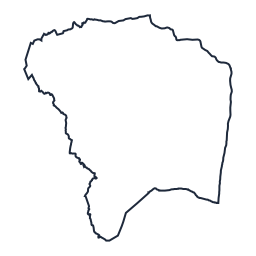 the district of Bikita, Masvingo, Zimbabwe
{"feature_id": "62879985B26822606878793", "entity_name": "Bikita", "entity_type": "district", "adm_level": 2, "iso_a3": "ZWE", "parent_name": "Zimbabwe", "parent_adm1": "Masvingo", "projection": "equal_earth", "projection_center": [31.804, -20.202], "detail": "fine", "context": "isolated", "style": "outline", "palette": "slate", "viewbox_px": 256, "rotation_deg": 0, "n_neighbors": 0, "source": "geoboundaries", "source_scale": "gbopen_adm2", "svg_char_len": 5583}
<svg xmlns="http://www.w3.org/2000/svg" viewBox="0 0 256 256"><path d="M230.9,68.3L230.4,67.9L229.5,65.3L228.4,64.0L226.0,62.9L223.4,62.5L221.0,62.5L219.8,62.1L218.6,61.9L216.9,60.3L216.2,59.1L215.7,57.7L214.8,56.8L214.2,56.5L212.0,56.2L210.8,55.0L209.5,53.5L208.8,52.9L207.3,51.0L205.2,50.0L202.0,47.8L201.5,46.9L200.4,41.5L200.0,40.7L199.1,39.9L197.7,39.5L192.5,39.8L187.1,39.2L180.3,39.8L179.8,40.1L177.4,40.2L176.9,40.1L176.7,40.0L176.3,39.3L176.2,38.1L175.6,36.6L174.8,36.1L174.1,35.0L172.9,30.3L172.6,29.9L172.0,29.5L170.5,29.3L169.4,28.1L167.5,27.5L166.6,27.6L164.7,28.3L161.7,28.5L159.5,27.8L156.6,26.2L156.2,26.3L155.7,26.2L154.5,25.1L152.4,23.6L151.7,22.8L151.1,21.7L150.7,19.6L150.1,17.7L149.9,15.4L149.5,15.5L147.5,15.4L144.1,16.4L141.0,16.8L139.7,16.8L139.0,17.0L137.4,18.1L134.2,18.7L132.3,18.9L131.3,18.3L130.8,18.1L125.5,19.1L123.4,20.4L118.7,21.0L115.2,23.0L114.6,23.2L113.1,23.0L111.6,21.7L110.6,21.4L108.2,21.3L104.9,21.6L104.0,21.3L103.0,21.3L100.4,20.3L99.0,20.4L96.9,19.8L95.3,19.6L94.5,19.3L94.2,19.4L93.8,19.8L93.1,19.8L91.8,19.3L90.7,19.4L88.5,18.9L87.4,18.8L87.2,18.9L86.9,20.0L86.0,21.3L85.3,22.7L84.7,22.8L84.1,22.5L83.8,22.5L83.4,23.5L83.1,23.5L82.7,23.1L82.4,23.1L82.2,23.8L82.4,24.6L82.4,25.2L82.2,25.6L81.6,26.0L81.3,27.0L80.8,26.9L79.9,27.2L79.3,26.4L78.3,25.6L77.5,25.6L76.5,24.6L75.9,24.3L74.4,22.3L74.1,22.1L73.5,22.6L73.1,23.6L72.7,27.5L72.2,28.3L71.2,28.8L70.5,29.3L68.3,29.5L67.0,30.3L63.6,31.1L63.4,31.6L63.2,32.8L62.8,33.3L57.2,34.8L56.3,33.1L55.6,31.3L54.7,30.2L54.3,30.1L52.9,30.8L52.0,31.9L51.3,31.9L50.5,32.8L49.5,33.5L49.2,33.5L48.9,32.8L48.5,32.8L48.0,34.0L46.7,34.8L46.3,34.7L45.8,34.4L45.5,34.5L45.4,34.8L44.8,34.6L44.4,34.1L44.2,34.1L44.0,33.9L41.4,38.6L41.4,40.4L41.4,40.5L39.4,39.3L37.6,39.3L34.3,40.6L32.8,43.9L30.8,42.9L25.5,59.7L26.7,65.7L24.9,68.4L24.2,69.1L28.3,79.1L31.9,74.9L32.7,76.7L32.9,76.9L33.0,77.4L33.4,77.8L34.3,80.4L34.8,80.9L35.7,82.8L35.9,82.9L35.9,83.4L36.9,84.6L37.5,85.5L38.5,86.3L38.4,87.4L39.0,88.3L39.1,91.3L40.2,91.6L41.2,90.8L41.7,91.3L42.3,91.5L43.6,93.2L44.3,93.8L45.0,93.6L45.8,92.8L46.4,93.2L47.6,92.6L48.2,92.6L49.4,93.1L50.3,95.0L50.7,95.0L51.3,94.2L51.6,94.2L52.3,94.9L54.1,98.4L54.1,99.3L54.4,100.5L53.3,101.7L53.3,102.2L53.0,102.9L54.0,104.8L54.1,105.2L53.9,105.5L55.4,106.3L56.5,107.6L58.6,109.3L60.5,111.5L61.3,112.9L62.5,112.5L63.0,113.0L63.4,114.0L65.3,114.8L66.1,115.6L66.3,116.3L66.3,117.3L66.6,117.8L66.1,118.7L65.6,120.0L66.2,123.1L65.8,127.2L65.5,127.9L65.9,129.3L65.6,130.3L65.8,131.3L65.8,133.1L66.1,133.5L66.7,133.8L67.8,134.4L68.3,135.1L68.8,136.3L68.8,138.1L69.0,138.5L69.9,138.9L70.6,139.5L71.9,140.2L71.8,140.6L71.6,140.9L71.6,141.8L71.1,143.4L71.0,144.6L70.6,145.9L70.2,148.1L69.7,152.2L69.8,153.3L70.3,153.4L70.8,153.0L72.3,153.6L73.9,153.5L75.3,153.6L75.5,153.8L75.7,154.1L75.5,155.9L76.0,156.8L76.8,157.5L77.6,157.7L78.2,158.1L79.1,158.2L79.4,158.7L79.4,159.2L79.8,159.3L80.0,159.5L80.0,160.0L79.5,160.6L79.3,161.6L80.4,162.8L80.6,163.6L80.8,163.9L80.9,164.0L81.3,163.9L81.6,162.8L81.9,162.7L82.4,162.9L83.5,164.0L83.4,165.2L83.8,166.2L84.1,165.5L84.5,165.2L84.8,165.7L84.9,166.7L85.2,167.1L86.7,167.6L87.1,168.3L89.1,169.2L89.8,170.1L90.6,170.6L91.5,171.9L93.1,173.0L94.7,173.2L94.8,173.5L94.7,174.2L94.4,175.1L94.5,176.5L94.9,176.9L95.6,176.9L96.6,178.0L95.9,178.6L95.1,178.1L94.4,178.1L94.1,178.3L93.0,178.5L92.1,179.5L92.0,179.9L92.0,180.2L91.6,180.4L91.2,181.2L90.4,181.6L90.1,183.0L89.6,183.6L89.5,183.9L89.5,184.2L89.9,184.8L90.2,185.5L90.2,186.0L90.0,186.5L88.4,188.1L88.1,188.9L88.0,191.2L87.8,191.8L86.9,193.2L85.5,194.8L84.9,196.1L85.5,196.2L85.9,197.1L89.0,206.1L89.0,206.5L88.6,207.6L88.5,208.3L88.7,208.7L89.2,209.0L89.2,209.5L88.4,210.4L88.2,211.8L87.9,212.6L87.8,213.4L87.9,213.9L88.5,214.5L89.1,214.5L89.6,214.1L90.0,214.1L90.3,214.4L90.3,214.9L89.8,215.7L89.8,216.2L90.0,216.7L89.9,218.3L90.4,218.8L90.7,219.5L90.8,220.4L91.4,222.8L91.5,224.6L91.8,225.1L92.0,225.2L92.6,225.2L93.1,225.5L93.6,227.5L94.0,231.0L94.5,232.1L95.4,232.6L95.6,233.3L96.5,233.6L98.5,234.6L99.3,235.3L99.4,235.6L98.7,235.9L98.4,236.3L98.3,237.0L98.5,237.6L98.8,237.6L99.9,237.1L100.9,237.0L101.3,237.2L101.7,237.6L102.4,237.9L105.1,239.5L105.5,240.0L106.1,240.4L106.2,240.6L109.4,240.6L117.9,235.6L121.8,226.0L123.3,221.7L125.9,212.9L137.1,203.3L148.1,193.5L148.3,193.2L148.4,192.4L149.0,192.6L150.0,191.4L151.4,190.7L153.2,189.1L154.5,188.3L155.8,188.4L156.8,189.4L158.3,189.9L159.0,190.3L159.3,190.3L159.3,190.6L164.9,190.6L169.5,190.1L171.3,189.4L173.8,189.2L174.2,189.0L176.9,189.0L177.4,188.8L178.3,188.8L178.5,188.5L181.1,188.5L183.3,189.0L185.8,189.0L187.4,189.4L187.9,189.4L187.9,189.7L188.8,189.9L189.2,190.3L189.9,190.6L191.5,191.5L192.4,191.7L192.9,192.2L194.2,192.6L194.9,193.7L195.3,194.0L195.8,195.1L196.9,196.0L197.0,196.5L198.5,197.6L199.5,197.8L199.7,198.0L200.6,198.0L206.5,199.6L207.4,199.6L208.1,199.8L208.6,200.3L209.9,200.5L211.3,201.4L212.0,201.6L212.6,202.1L214.4,202.3L214.5,202.5L215.6,202.5L216.0,202.8L217.0,202.8L217.0,203.0L218.3,203.0L218.6,197.9L219.2,193.6L219.2,192.1L219.4,190.1L219.4,185.8L219.9,183.3L219.8,181.5L220.2,179.3L220.3,176.7L220.8,172.7L220.9,170.4L221.9,166.2L221.9,165.4L222.3,164.1L222.3,163.1L222.9,161.5L223.2,160.0L223.3,157.7L224.5,152.9L225.1,147.9L226.2,145.3L226.4,143.3L226.4,141.3L226.7,140.5L227.1,132.3L227.8,129.1L228.0,125.8L227.9,123.8L228.5,121.1L230.2,116.7L230.5,114.9L230.3,110.2L230.3,107.4L230.9,102.1L230.8,101.1L230.5,99.6L230.6,96.8L230.8,94.7L231.8,91.7L231.7,89.6L231.3,88.3L230.5,84.9L230.1,80.8L230.2,78.3L231.5,73.8L231.5,71.9L230.8,69.2L230.9,68.3Z" fill="none" stroke="#1e293b" stroke-width="2"/></svg>